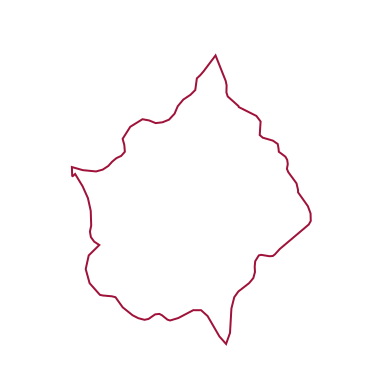 the Province of Cankuzo, rotated 109°
{"feature_id": "BDI-2632", "entity_name": "Cankuzo", "entity_type": "Province", "adm_level": 1, "iso_a3": "BDI", "parent_name": "Burundi", "parent_adm1": "", "projection": "albers", "projection_center": [30.587, -3.141], "detail": "fine", "context": "isolated", "style": "outline", "palette": "rose", "viewbox_px": 384, "rotation_deg": 109, "n_neighbors": 0, "source": "natural_earth", "source_scale": "10m", "svg_char_len": 1389}
<svg xmlns="http://www.w3.org/2000/svg" viewBox="0 0 384 384"><g transform="rotate(109 192 192)"><path d="M155.3,92.5L157.8,91.6L167.7,77.8L173.7,72.9L180.7,70.3L184.7,71.0L217.4,90.5L224.0,93.3L226.2,94.8L227.5,97.8L228.9,106.1L230.2,108.2L236.9,109.7L242.2,108.4L247.2,106.4L253.4,106.0L259.5,108.3L271.0,115.8L277.7,117.8L289.4,116.8L312.8,110.2L324.6,110.3L321.2,116.3L319.7,119.0L304.2,136.9L300.8,144.9L303.3,152.3L315.7,164.0L320.6,170.9L320.7,173.6L318.3,180.3L317.9,183.2L319.7,187.0L326.2,191.8L328.3,195.3L328.8,201.7L327.9,208.0L323.6,220.0L316.4,230.1L316.7,233.8L318.9,242.7L319.2,245.6L311.6,259.1L299.5,267.4L285.6,269.0L272.3,262.4L270.8,268.3L267.6,272.9L262.7,275.6L256.5,276.4L242.8,281.6L231.7,288.4L222.2,297.3L213.0,308.4L216.5,310.3L216.4,310.3L207.5,313.7L206.9,302.4L203.8,289.4L199.9,283.7L194.6,279.6L189.4,277.4L184.6,274.5L180.9,270.7L175.8,268.6L169.6,271.3L164.3,274.9L150.4,271.6L139.3,262.5L138.3,255.8L138.7,248.8L135.7,242.6L131.1,237.3L123.7,234.0L115.5,233.4L107.4,230.3L100.6,225.1L94.5,222.1L83.0,224.4L78.8,222.2L74.3,220.4L55.2,214.2L76.0,196.3L79.9,194.0L86.6,191.9L90.0,189.4L95.7,175.9L96.5,175.4L99.1,155.9L103.0,150.1L116.1,146.5L117.6,142.8L117.1,132.3L118.7,126.6L122.2,124.6L125.7,123.0L128.2,115.2L130.7,112.4L134.5,110.5L139.2,109.8L141.9,107.4L149.8,96.0L155.1,92.7L155.3,92.5Z" fill="none" stroke="#9f1239" stroke-width="2"/></g></svg>